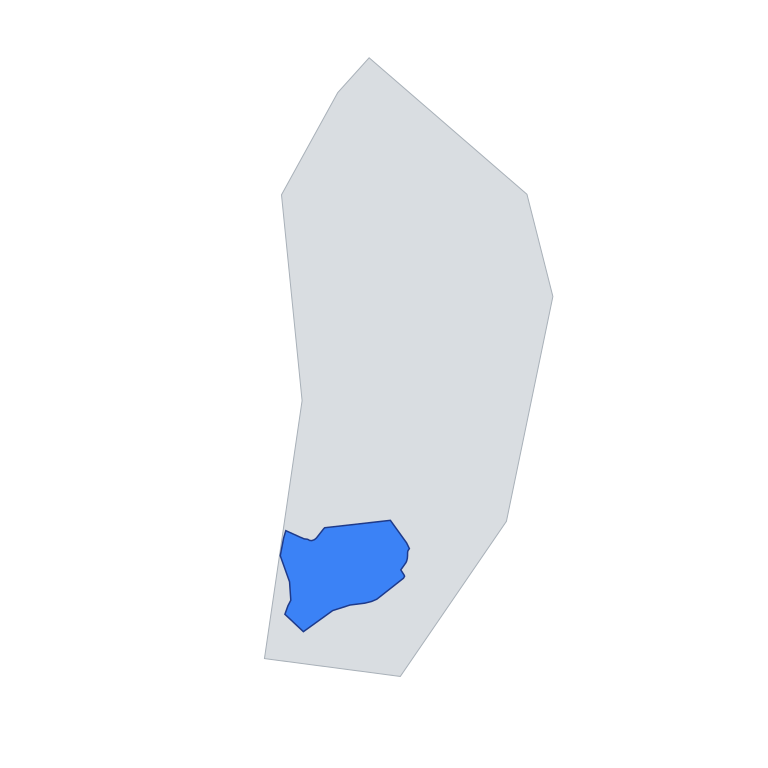 Saint George on a map of Dominica (Mercator projection), rotated 21°
{"feature_id": "DMA-1434", "entity_name": "Saint George", "entity_type": "Parish", "adm_level": 1, "iso_a3": "DMA", "parent_name": "Dominica", "parent_adm1": "", "projection": "mercator", "projection_center": [-61.35, 15.3], "detail": "fine", "context": "in_parent", "style": "filled", "palette": "blue", "viewbox_px": 768, "rotation_deg": 21, "n_neighbors": 0, "source": "natural_earth", "source_scale": "10m", "svg_char_len": 891}
<svg xmlns="http://www.w3.org/2000/svg" viewBox="0 0 768 768"><g transform="rotate(21 384 384)"><path d="M504.0,651.2L370.8,683.2L313.5,428.9L220.5,244.1L236.4,128.5L253.2,84.8L449.5,155.7L510.3,241.8L547.5,468.3L504.0,651.2Z" fill="#d9dde1" stroke="#a8b0b8" stroke-width="1"/><path d="M374.0,634.5L373.8,625.5L374.5,619.3L366.7,602.5L348.7,581.5L345.5,563.8L344.9,556.1L361.5,557.1L361.9,557.0L364.5,557.2L365.3,557.1L368.0,556.4L368.7,556.4L369.4,556.4L370.0,556.6L370.6,556.7L371.6,556.4L372.7,556.1L374.8,554.3L376.1,552.0L379.3,541.6L379.5,541.0L379.7,540.4L380.2,539.4L438.8,509.0L462.0,524.2L466.7,528.6L466.1,531.0L466.2,532.0L466.5,533.1L467.6,536.1L468.3,538.5L468.6,541.4L468.5,542.9L466.3,551.5L471.4,555.3L472.1,556.1L471.8,558.3L454.4,587.5L450.3,591.5L444.6,595.5L431.5,602.5L417.3,613.9L397.5,644.1L374.0,634.5Z" fill="#3b82f6" stroke="#1e3a8a" stroke-width="1.5"/></g></svg>